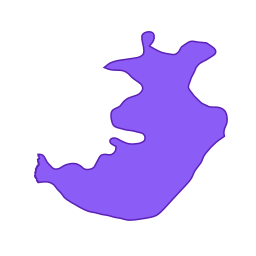 Santo Domingo Oeste, Santo Domingo, Dominican Republic, rotated 81°
{"feature_id": "3306468B81365020570437", "entity_name": "Santo Domingo Oeste", "entity_type": "district", "adm_level": 2, "iso_a3": "DOM", "parent_name": "Dominican Republic", "parent_adm1": "Santo Domingo", "projection": "equal_earth", "projection_center": [-70.016, 18.468], "detail": "fine", "context": "isolated", "style": "filled", "palette": "violet", "viewbox_px": 256, "rotation_deg": 81, "n_neighbors": 0, "source": "geoboundaries", "source_scale": "gbopen_adm2", "svg_char_len": 3501}
<svg xmlns="http://www.w3.org/2000/svg" viewBox="0 0 256 256"><g transform="rotate(81 128 128)"><path d="M151.3,34.1L148.0,34.1L145.9,33.6L143.9,32.8L139.3,30.0L137.2,29.2L134.9,28.7L131.5,28.5L129.3,28.7L127.1,29.3L126.0,29.8L124.3,31.3L123.5,32.2L122.3,34.2L121.4,36.7L120.3,42.8L119.5,44.9L115.1,51.3L113.5,52.6L106.6,57.7L100.1,61.2L98.3,61.9L97.4,62.0L95.6,61.6L88.2,57.6L82.9,53.7L79.0,51.3L77.4,49.7L75.9,47.8L74.8,45.6L72.7,39.4L69.5,32.1L68.9,31.1L68.2,30.3L67.3,29.7L66.4,29.4L65.4,29.4L64.4,29.6L62.6,30.6L60.3,32.8L56.3,37.1L55.7,39.0L54.1,45.5L52.6,49.8L52.2,52.1L52.4,53.3L52.6,54.4L53.4,56.5L55.8,61.6L56.4,62.5L57.1,63.2L60.2,65.6L61.5,67.2L62.4,69.1L62.6,70.3L62.6,71.5L62.1,73.6L59.7,80.5L58.6,82.9L57.3,85.0L55.9,87.1L50.4,94.0L47.6,90.8L45.5,89.1L43.2,88.1L40.8,87.8L39.7,87.9L38.6,88.3L37.5,89.2L36.7,90.5L36.3,91.9L36.1,93.3L36.4,96.1L36.9,97.4L37.6,98.6L38.6,99.5L39.6,99.9L42.9,100.4L50.4,100.0L53.9,100.2L56.1,100.7L57.1,101.3L58.1,102.1L58.8,103.3L59.3,104.6L59.7,106.0L60.0,109.0L59.8,125.7L59.9,129.0L60.3,132.3L61.0,135.4L61.6,136.9L64.5,142.1L67.0,137.8L67.9,135.4L68.6,132.8L69.9,126.2L70.8,123.7L72.0,121.7L74.3,119.2L78.1,116.6L79.9,115.1L86.1,108.8L88.1,107.6L90.2,107.2L91.3,107.3L92.4,107.7L93.3,108.3L94.9,109.9L96.2,111.9L97.0,114.4L98.1,121.0L98.7,123.6L99.2,124.7L100.9,127.8L105.1,132.4L105.9,134.3L106.8,137.5L107.6,139.6L108.2,140.6L109.1,141.4L110.0,142.0L111.1,142.4L113.3,142.9L116.8,143.1L120.3,142.8L122.5,142.2L123.5,141.6L124.4,140.9L125.7,139.0L128.6,132.5L129.6,130.2L131.5,123.8L135.2,115.1L135.9,114.2L136.8,113.5L138.6,112.7L140.6,112.7L141.5,113.0L142.5,113.5L143.4,114.4L144.0,115.5L144.7,117.9L144.9,120.5L144.7,124.7L144.3,127.5L143.5,130.2L142.4,132.5L139.7,136.7L136.9,140.2L136.0,142.1L135.7,143.3L135.6,144.5L135.8,145.7L136.4,146.9L137.3,147.7L138.3,147.9L139.3,147.9L140.2,147.5L141.7,146.2L144.4,142.7L146.5,143.2L148.4,143.9L149.2,144.6L150.6,146.1L151.5,148.1L151.7,149.2L151.5,151.2L150.6,153.9L150.3,155.9L150.5,158.1L150.9,159.1L152.2,160.7L161.0,167.3L161.7,168.2L162.2,169.3L162.6,170.4L162.8,172.9L162.6,175.3L161.7,177.4L161.1,178.2L158.1,180.7L156.1,183.2L155.0,185.4L154.4,188.1L154.2,190.8L154.6,195.0L155.3,197.4L156.6,200.5L157.3,202.6L157.4,205.0L157.2,206.2L156.8,207.3L155.4,209.0L150.9,212.1L148.8,213.3L143.1,215.3L141.4,216.6L140.8,217.7L140.3,218.9L139.9,221.0L141.6,221.0L141.6,220.4L144.2,220.4L144.2,221.0L144.7,221.0L144.7,221.6L145.1,221.6L145.1,222.2L147.3,222.2L147.3,221.6L147.7,221.6L147.7,222.2L148.2,222.2L148.2,221.6L149.9,221.6L149.9,222.2L150.8,222.2L150.8,222.8L151.3,222.8L151.3,223.4L151.7,223.4L151.7,223.9L152.1,223.9L152.6,223.9L152.6,224.5L153.5,224.5L153.5,225.1L154.3,225.1L154.3,225.7L156.5,225.7L156.5,226.3L157.9,226.3L157.9,226.9L160.5,226.9L160.5,227.5L161.8,227.5L161.8,226.9L163.1,226.9L163.1,226.3L165.8,226.3L165.8,225.7L167.1,225.7L167.1,225.1L167.8,225.1L167.9,221.2L168.3,217.7L168.8,215.4L169.3,214.3L170.6,212.2L172.2,210.4L173.0,209.8L177.8,207.1L182.3,204.0L186.4,201.9L189.1,199.6L192.5,195.8L199.1,187.6L202.2,183.3L204.2,179.9L205.1,177.7L206.5,173.7L209.5,166.8L211.1,161.7L214.2,154.9L215.9,149.8L217.9,145.3L218.8,142.9L219.1,141.6L219.5,138.9L219.8,134.7L219.9,124.8L219.7,119.2L219.4,116.5L218.8,113.8L217.7,111.3L216.3,109.1L213.2,104.8L204.0,93.3L193.3,79.6L190.0,75.6L187.3,73.0L181.5,69.2L179.8,67.7L174.0,61.7L172.2,60.3L168.3,58.0L166.5,56.5L164.8,54.8L160.0,49.1L156.3,43.8L154.4,40.6L151.3,34.1Z" fill="#8b5cf6" stroke="#5b21b6" stroke-width="1.5"/></g></svg>